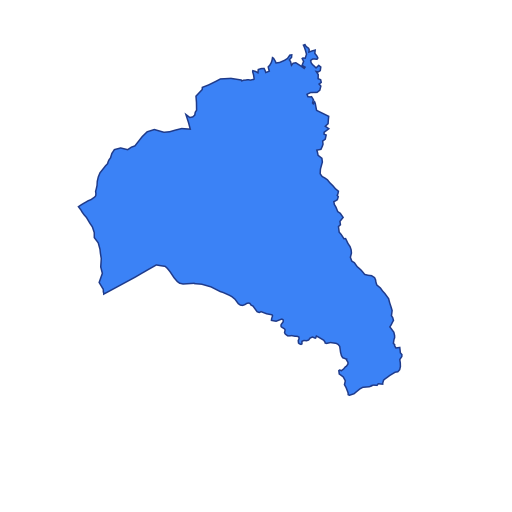 outline of Faranah, Faranah, Guinea, rotated 331°
{"feature_id": "49546643B80456504828542", "entity_name": "Faranah", "entity_type": "district", "adm_level": 2, "iso_a3": "GIN", "parent_name": "Guinea", "parent_adm1": "Faranah", "projection": "orthographic", "projection_center": [-10.65, 9.821], "detail": "fine", "context": "isolated", "style": "filled", "palette": "blue", "viewbox_px": 512, "rotation_deg": 331, "n_neighbors": 0, "source": "geoboundaries", "source_scale": "gbopen_adm2", "svg_char_len": 5558}
<svg xmlns="http://www.w3.org/2000/svg" viewBox="0 0 512 512"><g transform="rotate(331 256 256)"><path d="M124.6,126.8L125.2,131.1L125.2,133.1L125.6,136.5L126.4,140.1L126.6,146.7L127.0,151.2L125.9,157.1L123.5,161.5L124.4,168.0L122.8,174.5L121.2,178.3L119.4,183.3L114.9,190.3L113.2,196.7L106.0,203.1L106.2,209.5L106.3,210.9L105.8,212.1L105.1,213.3L104.8,214.8L104.4,215.5L111.3,215.6L139.6,215.9L140.7,215.9L148.4,215.7L150.1,215.7L154.5,215.6L164.5,215.5L167.1,217.6L171.5,221.0L172.3,223.2L172.7,225.1L173.2,228.0L173.8,235.3L174.8,240.2L175.6,241.9L176.0,242.8L176.4,243.1L178.6,245.1L188.7,249.9L188.9,250.4L194.8,254.3L199.5,259.0L201.7,261.2L204.6,265.5L207.5,269.8L209.4,271.8L210.2,272.8L213.8,277.6L214.8,279.2L215.3,280.1L215.4,280.3L216.0,281.9L216.5,283.2L216.7,283.7L217.4,289.1L217.9,290.1L218.5,291.3L220.3,292.7L222.0,293.0L222.7,293.1L225.1,293.0L226.6,293.5L227.3,294.1L227.7,294.5L227.8,295.4L227.8,296.4L229.1,298.3L229.6,302.4L229.9,304.8L230.0,305.3L230.5,305.9L231.5,307.0L232.5,307.1L233.4,307.1L237.3,311.7L241.5,315.2L241.5,316.3L239.1,318.6L238.3,319.8L241.2,322.2L242.0,322.8L247.8,323.6L248.5,324.3L248.8,325.1L247.9,326.7L244.8,328.1L243.9,329.3L243.8,330.3L245.6,333.6L245.6,334.8L243.8,336.9L243.8,338.5L244.9,341.0L245.0,341.2L246.8,342.2L248.6,342.9L251.1,345.0L253.2,346.3L254.2,347.6L253.6,349.2L251.9,350.5L251.0,352.7L251.4,353.8L252.5,355.1L253.6,355.1L254.8,352.9L256.9,353.1L258.4,354.1L259.1,354.6L261.3,355.0L263.5,354.0L266.1,354.2L267.8,356.4L268.3,356.7L268.6,356.5L270.0,355.3L271.3,357.2L274.4,362.5L274.6,364.8L274.3,365.6L275.2,366.6L279.2,367.8L283.8,371.3L285.0,373.2L285.4,375.6L284.1,379.1L283.3,381.1L282.4,384.6L282.5,386.6L282.9,386.8L282.5,386.6L282.5,387.0L285.0,389.9L284.8,389.9L284.8,391.5L284.9,393.6L284.3,394.6L284.0,395.1L281.5,396.3L280.7,396.2L279.8,396.5L277.9,397.3L275.5,397.6L275.0,397.7L274.3,396.7L274.0,396.3L272.9,396.4L272.8,396.5L272.6,397.1L271.6,399.6L272.0,400.3L273.7,404.1L273.6,408.5L271.0,411.4L271.0,414.7L270.2,420.4L269.8,421.2L269.7,421.3L269.4,422.0L270.2,423.1L275.0,424.0L277.5,423.5L282.4,422.6L283.3,422.6L285.7,422.6L291.8,425.3L294.1,425.7L294.2,425.3L294.7,425.5L295.3,425.6L296.2,425.9L297.8,426.9L299.2,427.8L301.0,427.0L303.0,428.4L304.1,429.1L304.7,429.5L305.3,428.5L307.4,426.4L309.6,426.0L311.6,425.8L315.3,425.3L321.4,425.1L323.9,426.0L326.5,425.1L328.7,422.7L330.4,419.4L331.5,416.3L332.8,415.6L334.8,414.6L335.8,413.0L335.3,410.7L337.4,405.7L333.8,404.3L333.7,401.7L334.3,400.8L334.2,400.4L333.8,399.0L336.1,396.0L337.6,394.7L338.6,392.9L339.6,389.5L339.0,384.9L338.7,382.9L340.9,381.7L343.5,379.9L345.0,379.0L345.7,376.1L345.5,373.9L346.4,372.7L348.6,369.7L349.3,366.6L350.2,361.8L351.3,357.6L350.8,353.7L350.5,351.2L349.7,347.9L349.3,344.3L347.6,339.9L348.3,336.6L349.0,334.9L349.2,332.4L347.5,329.2L344.8,327.3L342.1,324.8L341.7,322.4L341.1,319.4L340.2,316.7L339.3,314.4L338.8,309.6L337.3,306.9L337.9,302.9L340.9,299.7L342.2,296.7L342.8,293.5L342.5,289.4L342.7,286.3L342.8,284.2L341.3,283.6L340.9,278.4L340.3,275.5L342.4,270.2L345.0,269.6L346.2,266.4L350.9,264.5L350.4,259.5L349.0,256.8L349.6,252.1L349.5,248.8L349.7,248.4L350.4,246.2L352.1,246.3L354.4,246.2L356.7,244.0L356.4,242.3L357.8,241.3L359.5,239.3L358.0,235.5L357.3,231.8L356.0,227.5L355.4,224.0L354.0,221.1L352.4,218.6L352.2,217.2L352.0,215.2L353.8,212.3L354.6,211.1L359.6,206.0L361.0,202.5L359.1,198.0L359.9,195.5L360.0,195.2L360.5,192.9L364.5,194.2L367.3,192.1L368.8,190.7L370.0,187.8L373.2,187.4L376.0,184.2L374.6,182.4L375.6,180.8L378.7,180.4L381.4,180.0L379.5,176.1L383.2,175.2L385.2,172.1L387.3,169.1L384.2,164.6L381.6,160.9L379.6,158.0L381.8,151.2L382.0,149.5L379.8,150.7L379.6,149.6L382.0,147.1L381.8,143.6L380.4,143.1L378.6,141.8L379.0,139.3L383.0,139.5L388.7,142.5L392.2,141.9L395.1,138.8L394.5,136.2L397.2,135.8L398.0,133.2L396.3,131.0L398.4,127.5L398.1,123.8L399.7,125.2L402.1,125.0L404.3,122.1L403.5,120.2L403.3,119.7L399.7,120.6L398.8,117.6L398.2,116.0L397.9,113.7L398.6,111.5L399.7,111.3L401.0,111.2L402.6,112.0L404.7,113.5L406.1,112.8L406.2,110.6L405.7,107.2L406.3,106.4L407.6,104.6L404.3,103.8L401.1,103.3L402.5,101.5L402.7,99.8L401.9,98.1L401.4,96.9L401.3,94.8L399.7,94.6L399.6,96.3L399.0,99.8L398.0,104.0L394.9,106.9L393.1,105.6L392.1,105.7L392.0,108.9L390.5,110.1L388.7,111.6L390.5,114.6L389.1,115.3L387.2,111.3L384.5,106.3L381.9,105.4L379.5,106.4L380.5,102.6L380.2,100.6L383.4,99.5L384.8,97.4L383.0,96.7L379.3,98.5L375.8,98.7L370.5,98.2L367.1,96.9L367.3,95.3L367.2,91.6L366.6,90.5L364.9,92.6L363.2,94.2L360.6,95.8L358.4,96.5L357.8,98.4L357.3,100.7L355.5,100.6L353.5,100.3L353.8,98.8L354.0,95.9L351.4,94.6L348.4,94.0L346.5,96.7L345.1,94.4L343.1,92.4L342.4,93.3L341.6,96.6L340.2,100.3L339.2,100.4L338.8,100.1L338.3,100.0L336.4,99.5L334.9,98.2L333.7,97.6L331.9,97.0L330.6,96.3L328.4,95.9L328.4,94.9L320.2,88.5L310.7,83.9L305.6,83.8L297.4,83.4L290.8,82.5L289.7,84.3L281.0,87.1L278.3,93.0L274.7,99.7L272.6,100.8L270.7,103.1L268.1,103.7L265.3,102.8L265.2,102.7L263.3,98.3L261.6,106.9L260.0,113.2L252.8,108.5L246.5,106.8L240.8,105.5L235.5,103.2L229.4,97.1L228.4,96.1L221.0,94.6L214.4,96.4L203.5,101.0L199.8,100.4L195.3,100.8L192.7,98.4L190.0,95.9L183.7,94.3L182.8,94.8L179.7,96.4L177.6,98.4L176.9,99.1L176.7,99.3L176.4,99.6L175.3,100.1L174.3,100.5L172.6,101.7L171.3,102.9L171.1,103.3L168.3,104.1L163.8,106.0L159.9,107.6L156.4,110.4L153.4,113.7L151.2,117.2L148.9,119.8L147.0,121.8L146.3,123.7L145.1,125.5L144.2,126.0L142.9,126.3L140.9,126.5L139.2,126.7L135.8,126.3L133.2,126.4L131.0,126.4L127.9,126.5L124.6,126.8Z" fill="#3b82f6" stroke="#1e3a8a" stroke-width="1.5"/></g></svg>